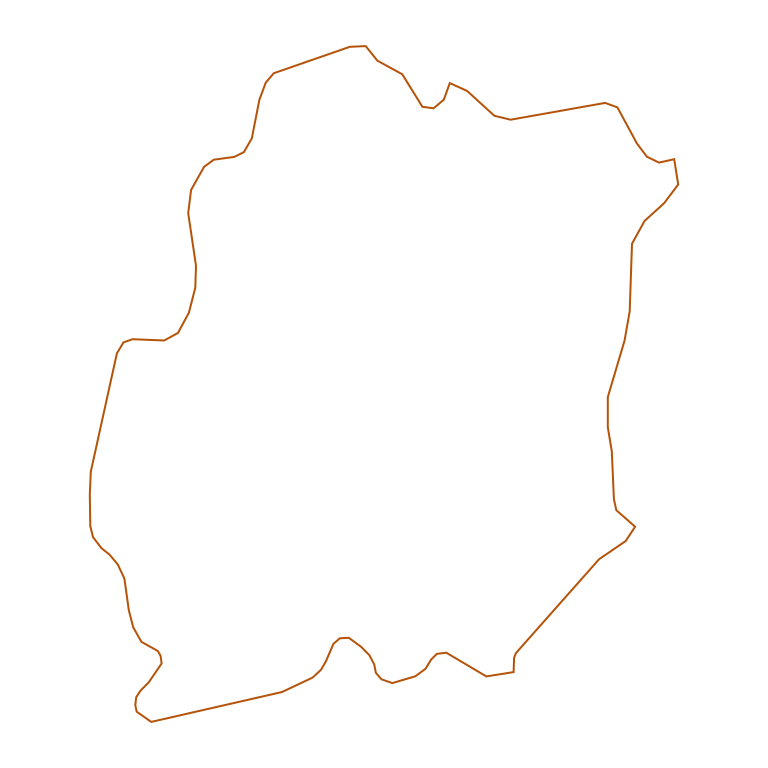 the Metropolitan department of Essonne
{"feature_id": "FRA-5289", "entity_name": "Essonne", "entity_type": "Metropolitan department", "adm_level": 1, "iso_a3": "FRA", "parent_name": "France", "parent_adm1": "", "projection": "orthographic", "projection_center": [2.213, 48.526], "detail": "fine", "context": "isolated", "style": "outline", "palette": "amber", "viewbox_px": 768, "rotation_deg": 0, "n_neighbors": 0, "source": "natural_earth", "source_scale": "10m", "svg_char_len": 1217}
<svg xmlns="http://www.w3.org/2000/svg" viewBox="0 0 768 768"><path d="M164.2,340.5L178.0,332.9L188.9,312.7L195.3,287.7L196.0,265.8L188.2,213.1L191.1,189.9L204.1,166.8L213.8,159.7L234.3,156.9L243.9,152.1L251.8,138.4L259.4,99.7L265.8,82.5L273.8,73.2L349.8,46.8L365.7,46.1L377.4,60.7L402.3,74.3L422.4,106.8L433.6,108.3L443.8,99.7L449.8,83.1L467.2,91.0L494.4,115.8L510.6,119.7L605.1,102.9L617.4,107.4L637.0,143.6L646.9,156.7L659.0,162.6L674.2,159.2L678.2,184.5L664.2,203.1L644.6,220.9L632.0,243.7L629.7,311.2L624.6,340.4L607.8,397.1L607.8,427.2L611.8,451.3L613.9,499.1L616.3,510.2L635.1,526.7L625.7,541.0L599.1,559.2L516.0,653.0L514.1,657.6L513.6,672.1L486.3,676.4L446.3,652.7L436.8,653.9L431.2,659.5L425.5,668.8L415.3,676.3L392.3,683.1L381.5,679.3L375.9,672.9L374.2,664.4L369.3,655.1L361.2,646.9L348.8,637.8L339.8,638.3L333.4,643.9L325.7,661.8L320.9,669.9L312.6,677.6L282.0,692.0L151.2,721.9L136.7,711.7L135.3,705.2L136.2,697.2L140.9,690.2L148.7,682.4L161.6,663.5L160.6,655.9L157.8,651.0L141.4,641.8L133.2,627.3L128.8,610.1L124.4,578.6L117.8,564.5L109.7,554.8L101.4,548.1L93.0,537.1L90.3,526.2L89.8,494.6L90.8,471.7L116.9,353.3L123.5,342.4L132.6,339.2L164.2,340.5Z" fill="none" stroke="#b45309" stroke-width="2"/></svg>